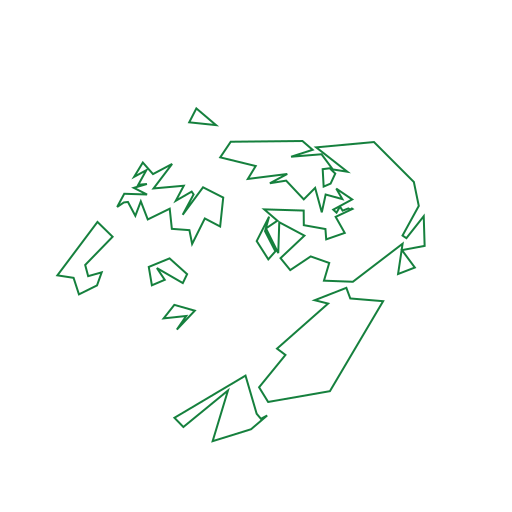 Austevoll nor, Norway, rotated 319°
{"feature_id": "86288312B29393912466053", "entity_name": "Austevoll nor", "entity_type": "district", "adm_level": 2, "iso_a3": "NOR", "parent_name": "Norway", "parent_adm1": "", "projection": "natural_earth1", "projection_center": [5.173, 60.063], "detail": "medium", "context": "isolated", "style": "outline", "palette": "green", "viewbox_px": 512, "rotation_deg": 319, "n_neighbors": 0, "source": "geoboundaries", "source_scale": "gbopen_adm2", "svg_char_len": 1969}
<svg xmlns="http://www.w3.org/2000/svg" viewBox="0 0 512 512"><g transform="rotate(319 256 256)"><path d="M311.9,153.2L293.7,158.1L314.8,187.9L300.4,192.5L333.4,214.6L314.2,210.2L328.2,218.9L329.2,244.6L345.3,243.4L334.3,266.2L348.9,255.3L358.5,269.7L360.8,257.8L365.7,276.4L344.7,271.7L345.2,276.1L351.8,273.8L351.1,278.6L356.9,280.7L357.5,282.7L359.5,283.0L359.7,283.8L341.8,278.7L338.1,296.8L319.9,289.5L326.1,281.2L312.3,264.1L321.8,253.0L292.8,226.2L295.3,243.4L281.6,241.7L274.7,268.4L295.7,245.8L305.9,272.4L273.1,273.7L272.6,289.1L297.0,292.2L306.7,309.3L291.1,319.2L312.2,339.0L374.7,342.9L351.4,362.8L368.3,368.9L370.0,347.3L389.9,359.0L408.7,336.0L381.2,341.2L380.0,336.7L411.7,325.0L423.7,303.7L419.8,247.4L372.7,213.5L380.2,252.3L369.3,239.3L369.9,245.8L359.8,250.3L352.6,248.0L363.3,234.2L370.9,239.3L372.2,222.2L347.6,204.1L368.4,213.0L366.5,199.7L311.9,153.2ZM303.3,339.3L271.3,327.9L279.2,339.2L211.1,339.7L213.3,350.0L172.2,357.1L169.4,374.1L223.1,406.5L322.3,373.5L299.3,349.9L303.3,339.3ZM231.9,111.2L216.0,116.3L229.5,119.3L213.9,125.0L220.9,130.1L208.5,124.4L214.1,138.1L197.4,122.6L183.4,127.9L191.4,128.9L194.8,131.2L191.3,146.5L204.9,139.2L198.3,157.4L221.9,163.7L210.3,180.3L222.7,192.8L215.7,205.0L242.0,194.1L248.3,210.2L269.6,190.4L261.1,169.4L227.7,176.8L249.3,168.6L249.7,165.2L231.7,161.7L247.6,155.6L223.0,137.8L253.1,131.5L232.0,126.6L231.9,111.2ZM88.3,324.6L89.0,337.4L146.6,339.1L101.8,367.3L138.6,383.5L159.8,383.7L152.9,382.1L153.0,375.5L169.6,339.4L88.3,324.6ZM158.7,126.3L93.4,140.3L104.0,152.8L97.2,168.8L116.7,173.9L128.8,167.1L116.1,161.1L121.2,150.7L160.4,147.4L158.7,126.3ZM167.9,193.9L158.2,209.8L171.5,214.1L173.3,200.1L183.0,228.4L192.1,224.5L189.2,201.1L167.9,193.9ZM162.3,239.3L145.4,242.5L164.0,255.5L148.0,259.6L173.9,257.1L162.3,239.3ZM307.8,105.5L293.3,111.3L311.7,131.0L307.8,105.5ZM291.7,234.9L266.3,245.2L263.1,266.6L273.7,265.2L279.1,243.2L291.7,234.9Z" fill="none" stroke="#15803d" stroke-width="2"/></g></svg>